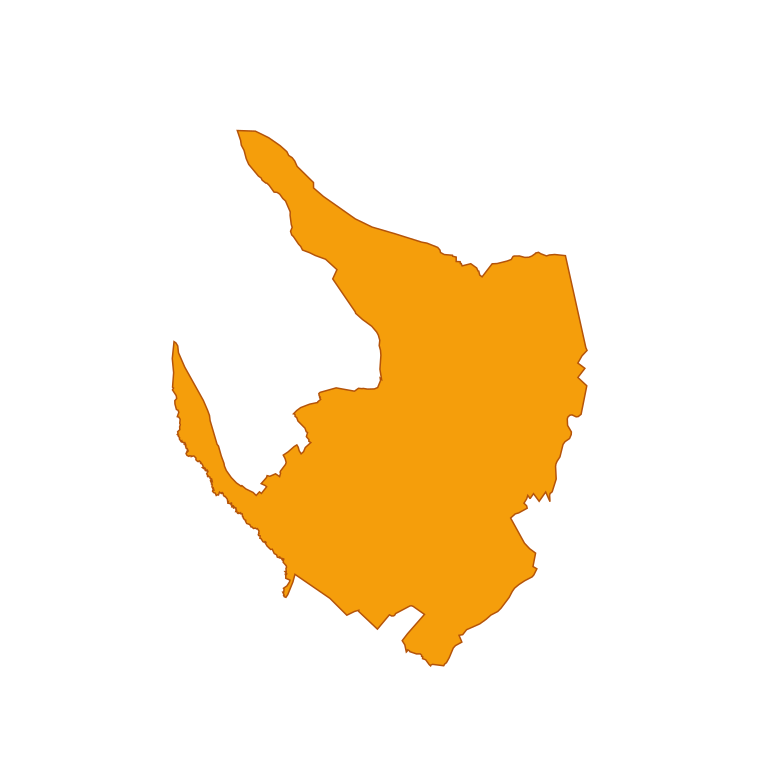 outline of Draganesti, Bihor, Romania, rotated 252°
{"feature_id": "2599482B33118901585448", "entity_name": "Draganesti", "entity_type": "district", "adm_level": 2, "iso_a3": "ROU", "parent_name": "Romania", "parent_adm1": "Bihor", "projection": "equal_earth", "projection_center": [22.416, 46.641], "detail": "fine", "context": "isolated", "style": "filled", "palette": "amber", "viewbox_px": 768, "rotation_deg": 252, "n_neighbors": 0, "source": "geoboundaries", "source_scale": "gbopen_adm2", "svg_char_len": 6168}
<svg xmlns="http://www.w3.org/2000/svg" viewBox="0 0 768 768"><g transform="rotate(252 384 384)"><path d="M450.0,596.2L454.4,586.4L455.6,581.2L455.6,578.1L459.5,573.3L461.5,571.6L461.7,568.6L461.3,568.3L460.0,564.1L459.8,560.9L460.9,557.0L463.9,552.4L465.5,547.3L465.4,546.1L463.1,543.5L462.9,539.1L463.6,528.8L464.9,524.0L455.6,510.4L458.1,508.7L462.1,509.0L462.5,508.3L465.7,508.0L471.6,503.7L472.2,494.8L474.7,494.7L474.9,493.9L476.8,494.2L478.2,490.5L482.4,491.9L484.3,488.8L485.3,488.9L488.5,481.3L491.6,478.4L494.1,478.6L497.3,477.3L504.7,468.4L507.3,463.6L523.2,441.3L536.9,421.2L549.9,407.7L581.1,384.3L592.2,377.6L597.4,379.2L617.8,368.6L623.7,368.0L627.6,366.6L630.8,364.0L635.0,363.4L642.7,358.9L653.8,350.5L664.2,339.8L670.4,322.8L660.0,322.9L655.3,322.1L649.4,323.1L640.9,322.6L634.7,323.2L620.6,328.8L617.9,330.8L615.5,331.1L611.6,333.7L611.2,334.7L608.4,336.2L600.5,338.7L599.3,341.5L596.8,343.5L591.7,345.1L588.5,346.9L576.7,348.0L573.4,346.8L564.4,345.1L561.4,345.1L558.1,342.3L554.3,342.3L552.2,343.4L543.3,346.0L540.6,347.3L536.6,347.9L531.8,353.9L527.5,358.3L520.7,367.0L507.3,374.6L499.8,367.7L461.6,378.9L459.9,378.9L452.0,383.5L442.7,390.2L435.6,393.1L432.3,393.7L426.9,393.5L422.0,391.3L417.2,391.1L412.2,389.9L399.3,384.7L389.2,383.1L390.7,382.2L388.4,381.8L382.6,376.9L382.3,373.3L384.2,366.8L386.3,362.7L386.3,361.8L387.8,358.4L386.3,353.7L395.1,337.3L395.8,320.7L395.1,319.1L392.8,318.7L391.2,319.3L390.9,318.6L388.9,319.0L387.6,315.6L386.9,315.2L387.8,307.3L387.7,304.6L387.3,297.4L385.7,292.7L383.6,288.7L383.0,289.7L382.2,289.9L380.6,289.4L379.1,290.6L375.4,290.7L366.4,295.2L362.7,295.3L361.4,296.3L357.9,293.9L354.3,295.4L352.8,294.8L350.9,296.3L347.9,289.5L344.5,286.6L343.2,283.6L346.7,282.7L350.3,282.9L353.0,282.3L352.3,279.3L349.0,271.6L347.5,266.2L343.5,266.9L339.6,266.7L337.9,265.4L333.3,258.8L332.3,257.9L331.2,258.1L328.2,256.1L332.1,253.1L331.5,246.9L333.0,244.5L331.4,243.4L327.2,236.4L324.2,239.6L322.5,240.6L317.8,233.6L319.9,232.2L317.5,228.0L321.3,226.0L326.9,220.2L331.2,217.5L331.4,217.0L331.0,216.5L335.5,213.1L342.3,209.8L350.4,207.3L355.2,206.9L358.1,207.3L365.8,207.0L376.1,207.4L378.2,206.6L402.9,207.3L408.0,208.3L413.5,208.1L424.2,207.1L461.7,199.7L477.3,198.2L483.9,199.6L487.4,198.8L489.2,197.4L473.6,190.5L459.7,187.4L446.3,181.9L445.2,182.6L443.8,181.0L437.1,182.8L434.2,182.3L432.8,179.9L429.6,179.0L423.9,178.7L422.7,180.0L420.5,180.1L416.8,177.3L415.8,178.7L413.4,179.2L409.8,177.6L408.2,177.7L406.5,176.4L403.7,175.7L402.4,173.0L400.7,172.9L399.8,171.8L398.8,172.8L398.2,172.2L396.0,173.0L395.0,172.4L392.1,173.2L392.5,174.1L391.1,174.0L391.1,174.6L390.0,175.2L389.9,176.4L389.2,176.5L388.4,176.6L388.3,175.7L387.3,176.6L386.7,176.5L386.9,176.1L383.9,176.0L383.4,176.3L383.4,176.9L380.8,177.1L380.1,175.9L381.0,176.0L378.9,174.2L376.9,174.6L375.5,176.1L375.8,176.9L375.2,178.3L374.5,178.2L374.5,180.3L374.1,181.1L371.6,182.3L370.1,181.7L369.1,182.1L367.6,183.2L368.0,184.6L366.6,185.4L365.9,185.0L365.1,185.3L365.2,185.8L362.9,186.5L360.6,186.4L360.6,185.5L359.2,186.5L360.1,187.0L359.3,187.8L357.4,188.1L357.5,187.3L356.9,187.3L356.2,188.4L356.7,188.4L356.7,189.3L355.1,189.5L353.4,187.6L351.2,188.3L351.4,187.8L350.9,187.6L350.3,187.8L350.2,188.6L349.2,189.7L348.0,189.5L347.1,190.7L345.6,190.6L346.2,190.3L346.2,189.3L345.7,189.1L344.3,189.2L344.7,189.7L344.5,190.3L342.1,189.0L341.6,189.6L339.3,188.6L337.5,188.9L337.8,189.5L335.6,189.4L336.0,188.5L335.1,187.8L333.4,188.4L332.3,189.8L329.8,190.0L330.1,191.5L329.6,192.3L332.0,194.1L330.1,195.5L330.1,195.9L330.8,195.8L330.8,196.6L329.6,197.2L328.1,196.9L326.4,197.4L326.2,198.2L322.9,199.4L320.0,198.9L320.1,199.5L318.9,198.7L317.7,200.8L318.1,201.9L317.7,202.2L316.4,201.2L315.7,202.0L314.2,201.2L313.8,202.0L314.9,202.3L314.8,203.0L313.3,203.5L312.5,202.9L312.4,204.3L311.8,204.9L310.9,204.4L310.4,204.8L308.6,203.6L308.5,204.7L307.2,204.5L306.1,205.0L305.9,205.4L306.5,205.9L305.5,206.9L305.8,207.8L304.8,207.7L304.3,209.0L301.5,208.5L301.1,209.0L299.7,208.8L297.9,209.5L297.1,210.4L296.4,209.9L293.8,210.3L291.8,212.9L289.1,213.4L288.8,214.3L286.9,215.2L286.7,217.1L285.5,218.1L285.6,218.9L282.8,219.7L281.1,218.8L280.3,218.9L279.9,218.0L278.7,217.9L277.8,219.3L275.6,218.3L274.9,219.3L271.5,220.1L270.6,221.1L271.0,222.0L270.3,222.7L269.8,222.8L269.3,222.0L265.8,222.8L261.6,225.1L261.4,226.7L256.7,227.2L254.7,229.1L252.4,229.0L251.6,230.0L251.9,231.1L251.4,231.6L250.7,231.2L250.0,232.5L248.6,232.8L249.3,233.7L248.5,234.6L247.7,234.2L247.5,233.3L246.4,233.5L245.6,233.0L241.2,234.9L239.7,234.6L239.0,233.8L235.9,233.1L236.2,231.9L233.7,232.9L233.0,232.4L232.9,231.5L233.8,231.6L233.7,231.3L232.2,231.4L229.6,230.5L226.5,234.0L225.0,233.0L222.0,229.3L220.8,225.3L220.0,225.6L217.6,224.6L217.0,224.2L217.3,223.4L214.1,223.8L214.0,223.2L212.5,223.4L211.4,224.8L213.4,227.4L223.9,236.2L230.5,240.5L196.9,266.3L175.6,277.2L176.8,285.8L176.6,290.1L175.6,289.6L152.9,302.0L162.8,317.8L161.0,319.6L160.5,321.5L160.8,322.7L162.1,324.1L164.9,340.1L164.6,341.6L163.5,343.0L152.4,351.3L139.3,329.3L134.3,322.0L129.5,323.2L122.2,322.4L122.7,323.4L123.9,324.0L123.8,324.5L122.2,325.8L121.4,325.9L120.7,326.9L117.3,331.4L116.1,335.1L114.5,336.0L113.4,335.6L112.6,336.5L110.9,335.8L108.9,338.4L103.1,340.3L101.6,341.2L102.2,341.6L102.4,343.5L97.6,353.7L99.1,355.5L99.6,357.2L103.5,361.4L111.5,368.3L113.1,371.1L114.5,378.3L121.8,377.7L121.3,381.4L124.8,386.6L126.3,401.0L128.7,408.5L131.2,414.2L132.5,421.9L134.6,426.0L142.3,437.0L147.1,441.9L149.5,445.1L151.6,450.4L153.4,457.0L154.8,465.3L156.1,467.5L161.0,472.3L164.4,469.3L176.3,475.9L182.4,471.6L189.2,468.4L217.4,463.0L219.9,468.7L219.8,472.3L221.6,481.8L224.1,482.0L227.4,480.3L230.7,484.2L233.6,486.3L230.2,487.4L230.1,487.8L233.5,492.3L224.5,495.3L231.3,504.4L220.8,505.5L226.9,507.1L228.6,508.1L229.2,510.1L230.0,511.0L240.4,518.4L252.6,521.7L254.8,522.8L257.0,524.7L260.3,528.8L271.2,535.6L273.2,538.3L274.8,543.6L278.0,546.4L280.5,547.4L287.9,545.8L294.1,547.5L295.7,548.6L296.9,551.1L296.5,553.3L293.4,556.6L293.0,558.7L294.3,562.1L319.6,576.3L330.3,570.4L336.8,579.9L344.0,574.8L349.6,581.0L353.2,587.5L356.2,587.2L450.0,596.2Z" fill="#f59e0b" stroke="#b45309" stroke-width="1.5"/></g></svg>